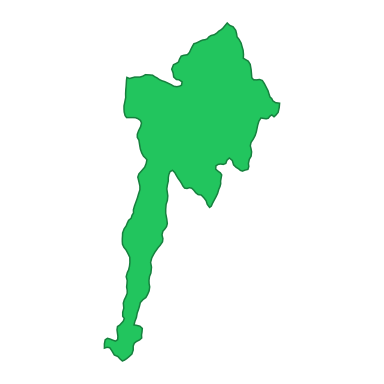 the district of Ibiracatu, Minas Gerais, Brazil, rotated 180°
{"feature_id": "56859067B13974408487448", "entity_name": "Ibiracatu", "entity_type": "district", "adm_level": 2, "iso_a3": "BRA", "parent_name": "Brazil", "parent_adm1": "Minas Gerais", "projection": "equal_earth", "projection_center": [-44.13, -15.651], "detail": "fine", "context": "isolated", "style": "filled", "palette": "green", "viewbox_px": 384, "rotation_deg": 180, "n_neighbors": 0, "source": "geoboundaries", "source_scale": "gbopen_adm2", "svg_char_len": 3867}
<svg xmlns="http://www.w3.org/2000/svg" viewBox="0 0 384 384"><g transform="rotate(180 192 192)"><path d="M279.6,35.9L277.0,36.7L274.3,36.3L272.3,33.5L269.7,29.0L266.1,27.5L263.9,25.0L261.6,23.0L259.5,23.9L257.4,25.3L255.0,27.3L252.1,30.0L250.8,34.0L250.8,38.0L249.7,40.8L247.6,42.5L244.4,44.1L242.3,46.0L242.5,49.0L242.0,52.0L241.7,55.6L244.1,57.8L247.2,58.6L250.0,59.1L249.1,62.7L247.6,66.5L246.8,71.0L245.5,74.6L244.6,77.6L243.7,81.4L241.0,84.4L238.1,86.5L236.3,89.8L234.9,93.1L234.3,97.1L234.9,100.4L235.0,103.8L234.5,107.5L233.1,111.0L232.5,116.8L233.4,121.6L232.2,126.2L230.3,129.8L229.0,132.0L227.5,134.1L225.9,136.4L223.8,138.8L221.5,142.2L221.1,145.3L222.0,149.2L221.1,152.8L219.0,155.2L217.5,157.4L216.7,160.4L217.2,164.8L218.3,170.7L218.3,174.8L217.9,179.7L216.6,183.7L216.2,188.1L216.7,191.8L217.2,195.1L216.6,199.1L215.7,203.0L215.7,206.3L215.2,209.3L214.0,212.3L211.5,213.7L209.2,211.4L207.9,209.0L206.0,205.8L203.9,202.9L202.4,200.5L201.1,198.0L199.4,195.9L197.0,195.5L194.6,196.3L192.3,195.8L190.4,194.0L188.2,191.2L185.9,189.4L182.8,189.0L180.1,186.2L177.9,183.3L176.7,179.6L174.4,176.6L172.7,177.9L171.6,180.5L169.9,183.7L168.0,187.2L166.4,190.6L165.2,194.7L164.0,197.5L163.3,200.2L163.4,203.0L162.9,205.8L162.3,209.1L163.7,211.2L165.7,212.6L168.3,214.8L168.1,218.1L165.9,219.6L163.5,220.0L160.7,219.6L158.2,220.6L157.1,223.7L154.7,226.0L151.7,223.5L150.4,219.1L147.9,216.7L145.3,215.1L143.6,213.6L141.5,212.9L139.0,213.9L136.1,214.6L135.2,217.5L135.6,220.5L134.7,224.7L132.9,227.8L132.4,232.1L133.0,235.3L133.7,238.2L133.0,241.5L130.7,245.0L128.9,248.4L127.7,252.1L126.9,255.9L126.3,258.8L125.1,262.8L123.1,266.0L120.5,265.6L117.8,265.2L115.8,265.7L114.1,267.8L112.2,269.1L110.0,267.2L108.2,268.8L105.9,271.6L104.8,276.3L104.4,280.8L108.4,281.3L111.2,283.2L112.3,285.5L114.0,287.0L115.1,290.3L116.0,293.3L117.7,296.6L119.7,300.5L121.7,303.5L124.5,304.5L127.3,304.1L130.4,304.2L132.2,306.3L132.5,310.1L132.9,314.5L133.8,319.7L135.8,322.9L138.6,324.5L140.7,325.8L140.5,329.4L140.9,333.8L142.0,337.6L142.9,340.9L144.9,344.5L147.0,347.2L147.4,350.2L148.3,353.7L150.9,357.2L154.4,358.7L156.8,361.0L158.8,358.6L161.2,355.7L163.0,354.2L165.3,352.8L167.1,351.0L169.7,349.3L172.9,348.5L175.0,347.2L176.8,345.1L178.9,344.3L181.2,344.0L183.3,343.2L185.4,342.1L187.7,341.0L190.1,340.3L191.8,337.3L193.1,334.7L194.5,331.6L196.6,329.3L200.3,328.7L202.8,327.9L204.5,324.8L205.5,322.0L207.7,320.6L210.5,319.3L212.3,314.8L210.9,311.2L210.3,307.0L207.6,304.5L204.9,304.2L201.9,302.1L202.5,298.8L204.5,297.8L207.1,297.3L210.1,297.7L212.8,299.3L216.1,300.9L219.4,302.4L222.0,303.2L224.6,304.4L227.1,306.2L229.1,307.2L231.4,308.8L234.6,309.1L238.6,309.3L241.0,307.9L244.1,306.9L246.8,306.9L249.4,306.9L252.3,306.1L254.5,305.5L257.1,306.6L257.5,303.9L257.7,300.5L257.9,297.5L258.2,294.2L258.4,290.2L258.3,286.5L259.2,281.9L260.0,278.1L260.0,274.8L259.8,272.0L258.9,268.4L257.4,266.4L253.6,266.4L250.7,266.4L248.5,266.3L246.0,265.3L243.6,263.6L242.5,261.0L243.4,257.3L245.4,253.3L246.7,249.7L246.7,246.6L245.1,243.9L244.2,238.1L243.6,234.8L242.3,231.1L240.5,227.8L238.7,226.1L237.1,224.3L237.8,220.6L239.3,216.8L242.3,213.3L245.1,210.1L246.2,206.9L245.4,203.6L244.7,200.6L244.1,197.9L244.1,194.2L245.5,189.9L246.6,186.1L247.8,182.7L249.5,178.1L250.6,174.2L250.5,171.0L251.9,168.9L252.9,165.7L255.4,163.7L256.8,160.7L257.8,158.1L259.8,155.3L261.4,151.0L261.5,148.1L261.7,145.3L261.7,142.5L261.5,139.7L260.1,136.7L258.0,134.1L256.3,131.0L254.2,126.7L254.1,121.6L254.5,117.8L255.4,114.1L256.6,111.7L257.8,107.3L256.8,103.5L257.0,100.3L257.4,97.0L256.8,93.8L256.8,90.7L258.2,87.2L259.7,84.2L260.7,80.8L260.2,75.9L261.3,71.8L261.3,67.8L259.7,65.5L260.8,62.7L262.4,61.0L264.3,58.9L266.5,57.5L267.0,54.2L266.6,51.1L266.1,47.7L266.3,44.4L268.5,42.9L271.1,43.8L273.8,44.9L276.5,45.7L278.8,44.2L279.6,40.2L279.6,35.9Z" fill="#22c55e" stroke="#15803d" stroke-width="1.5"/></g></svg>